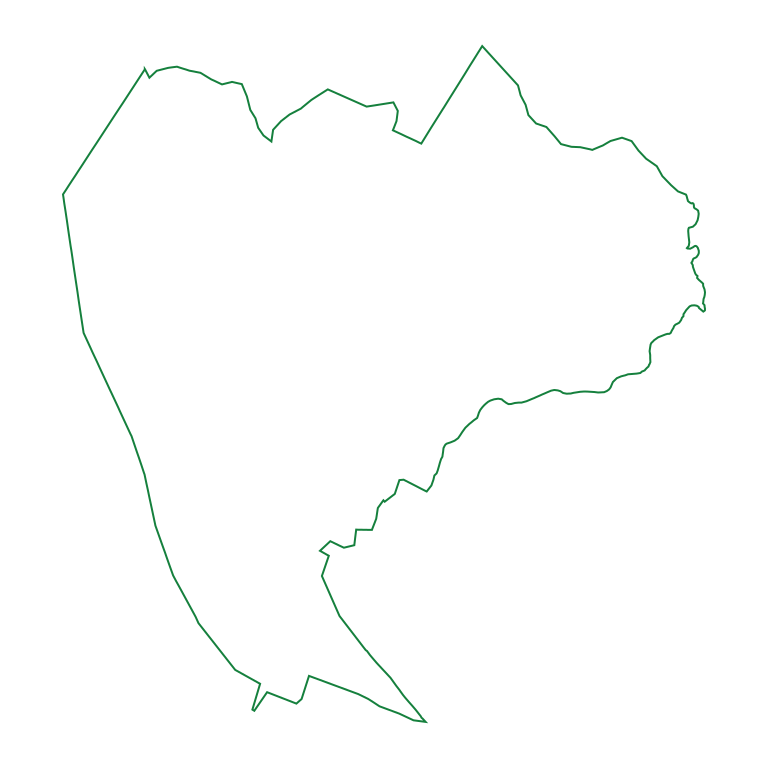 the district of Mazatlán Villa de Flores, Oaxaca, Mexico
{"feature_id": "50627088B32385054686880", "entity_name": "Mazatlán Villa de Flores", "entity_type": "district", "adm_level": 2, "iso_a3": "MEX", "parent_name": "Mexico", "parent_adm1": "Oaxaca", "projection": "robinson", "projection_center": [-96.881, 18.015], "detail": "fine", "context": "isolated", "style": "outline", "palette": "green", "viewbox_px": 768, "rotation_deg": 0, "n_neighbors": 0, "source": "geoboundaries", "source_scale": "gbopen_adm2", "svg_char_len": 5379}
<svg xmlns="http://www.w3.org/2000/svg" viewBox="0 0 768 768"><path d="M83.6,332.9L90.7,348.3L92.5,352.3L97.0,361.8L99.0,366.2L100.8,370.1L110.4,390.8L110.9,391.8L118.2,407.4L119.8,411.0L130.7,434.5L131.4,435.8L131.7,436.6L136.8,451.7L139.1,458.3L141.5,465.4L144.1,473.3L144.5,474.3L146.5,483.8L147.9,490.2L149.3,497.0L151.6,507.7L155.2,524.6L155.4,525.6L157.5,531.5L160.4,539.7L162.6,545.9L165.1,552.8L166.6,557.2L169.9,566.5L173.1,575.4L173.2,575.6L176.1,581.1L179.1,586.5L195.6,616.8L198.5,623.2L235.2,669.9L260.1,683.8L252.4,709.6L254.3,710.8L267.1,692.2L296.4,703.6L301.6,699.0L309.0,675.9L358.3,694.1L368.1,698.9L373.6,702.4L379.5,706.3L399.2,713.6L413.5,720.3L425.6,721.9L422.5,718.5L421.5,717.7L420.8,716.3L415.6,709.7L412.1,705.6L408.8,701.9L405.2,697.7L403.1,695.1L400.5,691.5L399.4,689.9L396.3,685.9L390.5,677.8L378.3,664.7L376.2,662.4L375.8,661.9L373.9,659.7L370.0,655.1L367.0,651.0L365.7,650.1L363.6,647.4L339.5,616.0L321.9,576.0L328.8,555.8L320.0,550.8L330.3,541.2L339.4,545.6L343.9,547.7L354.3,545.2L355.3,536.8L356.2,529.6L357.7,529.7L371.9,529.9L376.2,518.8L376.6,516.3L377.7,508.9L377.9,507.9L383.4,500.3L384.7,501.7L394.8,493.9L399.4,480.1L403.6,479.7L416.5,486.3L420.9,488.6L425.6,491.0L426.7,491.5L431.4,485.5L433.4,479.8L434.4,475.5L436.6,473.4L437.7,470.5L439.0,466.0L439.9,462.7L441.1,459.0L442.4,456.7L442.7,454.4L443.1,451.7L443.5,448.1L444.7,445.7L445.5,444.5L446.8,443.6L450.5,442.4L454.6,440.7L458.1,438.2L460.2,435.2L462.2,432.1L464.0,429.6L465.4,427.7L469.4,423.9L471.3,422.4L473.8,420.3L477.1,418.0L478.0,415.6L478.9,412.7L480.3,409.9L482.2,407.4L484.0,405.4L485.8,403.7L488.1,401.8L490.3,400.6L494.1,399.3L498.2,398.7L501.7,399.3L503.4,400.8L506.3,402.9L508.5,404.1L511.1,404.0L514.8,403.0L518.7,402.6L521.5,402.6L526.6,401.2L526.8,401.1L532.3,398.8L534.1,398.1L535.8,397.3L540.2,395.4L542.1,394.5L544.5,393.5L547.0,392.4L549.6,391.3L551.0,390.7L553.7,390.1L554.5,390.0L557.8,390.4L559.4,390.9L560.4,391.2L563.1,393.0L564.6,393.3L566.6,393.7L570.9,393.5L571.6,393.3L573.7,392.8L577.0,392.3L580.1,391.8L584.3,391.5L587.6,391.6L593.9,392.0L594.1,392.0L598.2,392.5L604.1,392.2L606.9,391.0L609.1,389.4L610.6,387.4L611.8,384.5L612.9,382.0L616.8,378.2L621.0,376.4L623.2,375.8L625.3,375.3L628.0,374.3L631.7,374.0L636.7,373.6L640.3,373.0L642.0,371.5L643.1,371.1L644.7,370.4L645.4,369.5L647.0,367.8L648.5,366.5L649.0,364.9L649.3,364.7L650.4,362.1L650.2,358.2L650.2,355.0L649.6,351.2L650.0,348.2L650.6,344.5L651.4,342.9L652.8,341.6L653.1,341.3L654.1,340.2L658.2,337.3L662.0,335.8L664.8,334.7L665.6,334.4L667.3,333.9L669.5,333.8L670.8,332.8L671.5,331.2L672.4,329.6L673.4,328.0L674.1,326.1L675.5,324.6L677.4,323.7L679.2,322.7L681.1,320.1L682.0,317.7L683.4,316.3L683.5,314.2L684.8,312.3L686.2,310.1L689.6,306.4L690.7,305.9L691.6,305.5L694.4,305.3L696.7,305.7L698.6,306.8L699.0,308.0L703.3,311.6L704.2,311.0L704.9,310.4L705.0,308.8L704.6,306.7L704.5,305.2L703.4,303.9L703.0,303.4L703.2,302.5L703.3,301.6L703.4,300.5L703.5,299.5L703.7,298.5L704.2,297.4L704.6,295.7L704.8,294.4L705.0,292.3L704.5,289.3L703.8,287.6L703.2,286.0L703.1,284.6L703.1,283.7L702.0,282.6L698.8,279.8L697.1,277.9L697.5,276.0L695.9,274.6L695.2,273.3L692.9,266.8L692.8,265.2L692.3,264.3L691.7,263.2L691.4,262.9L691.6,262.4L692.3,261.6L692.7,260.2L693.2,259.0L693.7,258.5L695.3,257.8L696.5,257.1L698.2,254.7L698.8,253.0L698.8,250.8L697.8,247.8L696.8,246.5L695.8,245.9L694.6,246.1L693.1,247.2L690.2,248.7L687.4,248.5L686.9,248.1L688.8,245.8L689.3,242.3L688.6,236.2L688.2,231.0L688.4,228.9L688.9,227.8L692.9,226.7L695.6,224.2L697.6,220.2L698.3,216.9L698.7,213.8L698.1,210.6L696.5,209.3L694.7,208.3L694.1,207.6L693.9,206.6L693.9,205.4L693.6,204.0L692.7,203.1L691.3,203.4L689.9,202.6L688.6,201.6L688.1,201.2L687.8,200.7L687.7,199.8L687.4,199.1L687.0,197.5L686.6,196.0L686.0,194.6L678.0,191.4L671.0,185.1L662.4,176.2L656.8,166.2L646.1,158.7L641.5,153.8L638.5,150.6L631.6,141.1L627.4,139.6L623.7,138.3L622.0,137.7L610.5,141.0L606.5,143.3L602.8,145.5L600.3,146.5L594.1,149.1L592.3,149.9L590.5,149.4L581.2,147.4L580.4,147.2L571.4,146.8L561.0,144.1L554.6,136.3L546.4,127.0L536.1,123.5L528.4,115.1L525.6,104.8L520.6,95.3L519.5,91.0L518.0,85.4L493.4,58.4L482.2,46.1L478.1,52.6L474.3,58.7L470.0,65.5L465.1,73.5L457.3,86.0L449.4,98.6L443.5,108.1L443.2,108.5L430.8,128.2L421.9,142.6L421.3,143.6L419.1,142.6L418.5,142.3L415.7,140.9L413.5,139.9L410.3,138.4L406.3,136.6L403.8,135.4L401.1,134.1L397.2,132.3L392.9,130.3L394.1,127.3L396.5,121.1L397.4,114.1L397.8,110.9L393.7,103.0L393.4,102.4L374.5,105.4L366.6,106.6L333.2,91.8L327.8,89.4L318.8,95.1L313.1,98.8L311.3,100.0L308.6,102.2L302.4,107.3L300.9,108.6L289.6,114.5L281.1,121.1L273.1,129.8L271.4,141.5L263.5,135.5L258.2,127.8L255.5,118.3L250.3,109.9L246.9,96.4L241.8,84.1L238.1,83.3L232.0,81.9L231.0,82.2L228.9,82.7L227.7,83.0L222.0,84.4L217.3,82.2L214.4,80.8L211.5,79.5L211.1,79.3L200.6,72.9L200.4,72.8L199.9,72.7L195.3,71.8L193.9,71.5L189.5,70.7L187.4,70.0L185.9,69.5L183.5,68.8L179.4,67.5L177.0,66.7L175.4,66.9L169.9,67.6L168.0,67.9L156.7,70.8L149.4,77.7L145.0,69.3L144.8,69.0L144.8,69.4L144.2,70.3L122.8,103.1L120.4,106.7L114.8,115.2L96.7,142.9L92.0,150.0L81.4,166.3L78.1,171.3L75.2,175.8L71.8,180.9L68.4,186.1L66.3,189.4L63.0,194.4L63.5,197.7L64.3,203.5L65.6,211.8L66.2,215.9L66.9,220.5L68.3,230.4L70.6,246.0L71.4,250.8L72.4,257.6L73.8,267.5L75.9,281.5L77.5,292.1L78.7,300.6L79.6,306.6L83.6,332.9Z" fill="none" stroke="#15803d" stroke-width="2"/></svg>